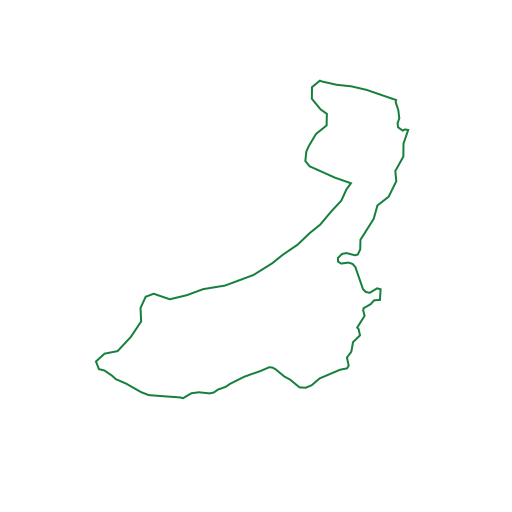 Kosong, Kangwŏn-do, North Korea, rotated 69°
{"feature_id": "82179303B58420780140205", "entity_name": "Kosong", "entity_type": "district", "adm_level": 2, "iso_a3": "PRK", "parent_name": "North Korea", "parent_adm1": "Kangwŏn-do", "projection": "robinson", "projection_center": [128.195, 38.62], "detail": "fine", "context": "isolated", "style": "outline", "palette": "green", "viewbox_px": 512, "rotation_deg": 69, "n_neighbors": 0, "source": "geoboundaries", "source_scale": "gbopen_adm2", "svg_char_len": 1769}
<svg xmlns="http://www.w3.org/2000/svg" viewBox="0 0 512 512"><g transform="rotate(69 256 256)"><path d="M115.2,133.5L118.4,143.2L129.2,147.5L142.2,143.2L148.7,138.9L159.4,143.3L163.6,156.3L172.2,167.2L176.4,171.5L185.0,175.9L191.5,173.8L200.2,165.1L211.1,154.3L222.1,141.3L226.3,147.8L234.9,156.5L241.2,169.5L249.7,184.8L253.9,197.8L260.3,213.0L264.4,230.4L268.6,243.4L270.7,254.3L272.8,265.1L272.7,276.0L272.5,295.5L268.0,317.2L267.8,334.6L265.5,352.0L254.6,365.0L254.5,373.6L263.1,382.4L276.0,386.7L286.7,401.9L295.2,419.3L292.9,432.4L297.1,443.2L305.3,443.2L308.6,438.5L311.1,436.8L315.8,433.5L320.1,431.3L321.0,430.8L322.1,429.6L328.7,422.9L342.1,411.9L344.4,409.3L347.4,406.0L349.6,401.4L352.0,396.4L360.9,377.4L362.6,375.1L361.0,365.4L362.0,361.3L362.7,358.3L367.7,348.4L368.3,344.3L367.0,339.1L367.1,338.5L367.3,331.3L366.5,327.9L366.0,325.7L365.0,315.3L364.5,310.1L364.6,307.1L364.6,304.0L364.8,298.9L365.0,293.5L364.8,288.5L364.6,283.4L366.1,280.6L368.5,278.5L378.7,272.7L383.6,268.5L394.3,262.4L396.8,256.8L396.6,250.3L393.1,240.5L392.3,218.3L393.5,211.3L391.7,208.8L383.4,207.5L379.5,201.3L371.2,196.3L367.4,187.4L361.1,186.4L359.1,187.2L350.8,176.1L345.0,175.4L343.3,174.2L342.0,166.0L339.7,161.6L341.4,156.0L331.7,151.6L329.6,154.5L331.1,163.1L328.8,166.5L325.2,168.0L302.0,167.2L298.0,168.7L295.4,171.9L295.1,172.7L293.6,179.2L290.6,181.4L287.2,180.2L284.9,174.9L285.7,170.5L290.8,163.3L291.1,160.4L287.1,156.3L278.3,152.7L263.5,132.8L252.3,124.5L248.4,111.6L248.1,110.8L236.4,98.2L226.6,95.5L216.0,82.8L203.9,78.0L192.9,68.8L191.2,71.6L191.5,74.1L186.8,77.2L182.6,76.2L178.9,72.9L170.8,70.9L167.3,70.7L162.5,70.5L160.6,69.3L151.4,80.3L140.5,93.3L131.7,106.3L125.1,119.3L116.4,132.3L115.2,133.5Z" fill="none" stroke="#15803d" stroke-width="2"/></g></svg>